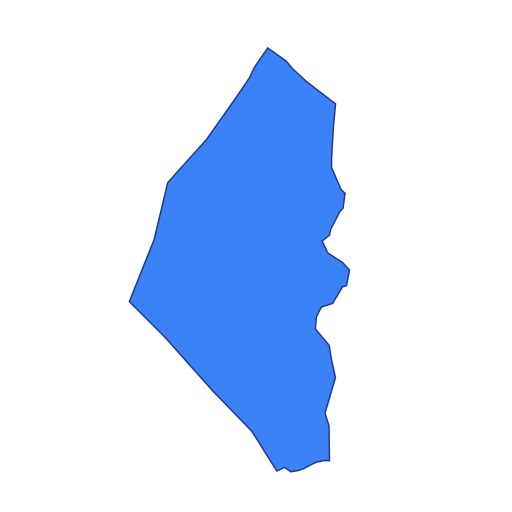 outline of San Miguel Coatlán, Oaxaca, Mexico, rotated 12°
{"feature_id": "50627088B89719266159733", "entity_name": "San Miguel Coatlán", "entity_type": "district", "adm_level": 2, "iso_a3": "MEX", "parent_name": "Mexico", "parent_adm1": "Oaxaca", "projection": "robinson", "projection_center": [-96.66, 16.169], "detail": "fine", "context": "isolated", "style": "filled", "palette": "blue", "viewbox_px": 512, "rotation_deg": 12, "n_neighbors": 0, "source": "geoboundaries", "source_scale": "gbopen_adm2", "svg_char_len": 958}
<svg xmlns="http://www.w3.org/2000/svg" viewBox="0 0 512 512"><g transform="rotate(12 256 256)"><path d="M304.8,113.1L302.2,90.7L279.9,80.1L268.0,74.3L252.8,65.2L250.0,63.0L249.9,63.0L244.7,58.9L241.1,57.4L240.9,57.3L232.4,53.6L232.1,53.5L231.8,53.3L224.3,50.2L224.2,50.1L215.2,71.8L212.5,83.1L204.8,102.2L183.3,152.4L154.4,202.6L152.9,261.3L141.6,326.9L182.6,353.5L241.5,396.8L288.4,428.3L321.1,462.0L327.8,456.9L334.9,459.8L341.4,457.3L346.9,454.0L353.7,448.3L359.3,444.1L360.9,444.0L364.3,442.1L366.9,441.7L368.5,441.2L370.4,441.1L369.9,438.5L369.3,436.3L368.2,431.3L368.0,430.2L365.1,417.4L362.7,406.9L356.2,395.5L359.0,358.5L351.0,340.8L346.2,328.3L329.2,314.9L327.7,302.9L330.6,292.3L340.8,286.4L347.0,268.2L350.7,266.2L350.4,250.4L342.2,244.5L325.4,238.0L317.6,227.5L323.5,220.3L323.5,214.3L325.5,207.0L329.0,194.6L331.2,191.2L330.1,176.2L325.3,173.3L311.5,153.7L309.6,144.7L304.8,113.1Z" fill="#3b82f6" stroke="#1e3a8a" stroke-width="1.5"/></g></svg>